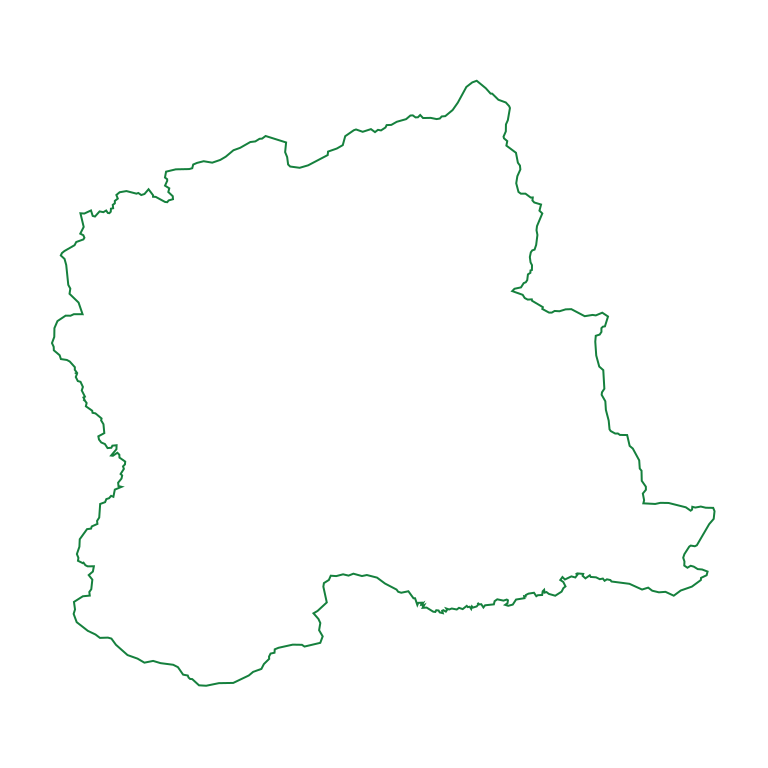 Loilen, Shan, Myanmar (Mercator projection), rotated 271°
{"feature_id": "60261553B60770274813160", "entity_name": "Loilen", "entity_type": "district", "adm_level": 2, "iso_a3": "MMR", "parent_name": "Myanmar", "parent_adm1": "Shan", "projection": "mercator", "projection_center": [97.755, 21.29], "detail": "fine", "context": "isolated", "style": "outline", "palette": "green", "viewbox_px": 768, "rotation_deg": 271, "n_neighbors": 0, "source": "geoboundaries", "source_scale": "gbopen_adm2", "svg_char_len": 6067}
<svg xmlns="http://www.w3.org/2000/svg" viewBox="0 0 768 768"><g transform="rotate(271 384 384)"><path d="M573.1,529.5L573.0,527.4L576.8,522.1L576.7,517.5L578.4,515.1L587.0,512.7L594.1,513.7L600.9,516.6L604.8,516.1L607.6,514.0L617.5,511.9L624.5,502.2L629.0,503.0L631.7,499.7L633.4,499.2L638.7,501.4L645.7,501.4L649.9,503.2L662.1,505.1L664.0,504.3L667.6,500.9L670.2,493.4L676.2,487.1L676.2,485.5L681.5,480.6L688.8,471.4L687.1,467.0L682.5,461.2L666.6,452.9L659.2,447.9L652.9,440.6L652.5,437.0L650.4,435.2L649.8,432.0L650.9,426.0L650.6,418.4L653.6,415.5L651.3,413.3L651.1,410.9L653.1,408.1L652.9,405.7L649.2,401.5L646.4,392.2L643.2,386.8L642.9,382.1L640.5,381.0L637.5,376.6L638.0,373.5L635.7,370.6L638.6,366.5L635.8,358.3L638.0,351.6L637.2,349.4L631.1,340.9L622.1,338.6L618.6,332.7L615.4,324.0L611.9,323.7L601.3,304.3L598.7,295.9L599.8,286.4L601.8,284.3L609.2,283.2L614.1,281.1L623.8,281.9L629.9,261.3L627.2,257.8L627.0,255.3L624.3,251.1L623.6,246.1L617.6,236.0L615.1,229.4L608.5,221.8L605.2,216.4L602.3,208.4L603.6,199.8L601.8,193.2L600.1,189.4L596.4,188.5L595.5,185.5L595.0,172.1L592.5,162.4L586.6,161.4L585.0,163.6L583.4,163.7L578.5,161.6L575.9,165.9L572.2,165.0L568.1,169.5L565.1,169.8L563.8,165.5L562.0,164.1L562.2,161.9L567.1,152.5L567.2,149.8L568.7,149.8L574.6,145.2L569.8,141.2L568.7,138.0L570.7,135.0L570.0,133.2L572.4,123.1L571.1,116.3L568.3,113.1L564.7,114.6L562.4,111.7L559.9,111.7L558.4,109.7L555.0,110.1L554.5,107.9L551.5,107.8L550.0,106.4L550.2,104.9L552.6,103.2L550.9,100.4L551.6,96.6L546.4,92.1L547.0,89.8L552.4,88.0L549.2,81.4L549.4,77.5L535.8,81.0L529.0,77.7L527.5,80.8L525.0,81.9L523.3,80.9L520.6,73.8L517.4,72.2L511.4,62.2L509.3,59.7L506.9,58.6L503.5,62.4L497.4,64.2L477.6,66.6L473.9,68.7L468.7,68.0L460.1,77.2L448.5,81.4L448.4,72.7L446.8,69.4L446.8,64.5L441.2,56.4L434.1,53.5L425.3,53.5L419.1,51.3L415.4,53.1L411.9,53.3L407.1,59.2L403.3,60.5L402.5,66.5L401.0,69.4L395.4,74.6L392.8,74.6L389.9,76.8L389.4,75.8L388.6,76.8L385.6,75.7L381.6,77.8L380.9,80.5L375.8,83.0L372.3,81.9L366.1,85.2L365.3,83.7L363.5,84.7L362.0,83.9L362.7,84.8L359.8,87.0L356.5,86.3L352.2,92.7L350.1,93.1L349.6,96.0L344.6,102.2L342.7,101.8L338.9,104.2L330.0,105.2L326.7,99.3L323.5,100.0L320.6,102.3L319.1,106.0L315.1,108.7L315.5,112.5L317.6,113.5L318.1,117.7L314.1,117.6L307.7,112.4L307.5,114.2L310.6,118.6L308.7,120.6L305.8,120.8L301.9,126.6L299.1,126.4L297.1,124.5L294.6,125.4L289.4,122.2L288.0,123.8L284.9,123.2L280.7,119.9L277.3,120.3L276.6,123.4L273.7,116.7L266.5,115.4L267.4,113.1L265.0,111.1L264.1,108.4L261.0,107.2L259.1,102.3L245.5,101.6L242.1,99.5L239.1,99.9L236.5,94.3L234.3,93.6L233.7,89.6L223.5,82.5L216.0,82.3L208.6,79.9L204.8,81.5L201.9,81.1L199.6,86.0L200.1,86.7L197.6,88.6L196.5,90.9L196.7,97.1L191.4,96.2L187.8,92.1L183.3,95.8L173.7,94.9L170.9,93.0L167.3,93.5L166.5,86.6L160.7,77.8L153.2,79.0L148.7,77.7L140.5,80.9L132.0,92.2L128.5,99.9L125.2,104.4L125.6,112.4L124.7,115.9L118.6,120.5L108.5,132.3L105.1,142.4L101.2,149.3L103.1,158.0L101.0,165.5L99.6,178.1L97.3,182.9L89.9,188.2L89.1,192.9L87.1,193.7L85.7,195.3L85.6,197.4L79.5,204.3L79.2,211.5L82.0,224.1L82.5,238.5L90.2,253.9L93.9,258.2L97.0,266.4L101.9,268.8L107.2,274.0L109.4,273.8L112.5,275.3L113.4,279.2L116.8,279.4L118.4,283.1L121.8,297.3L121.8,306.5L120.1,309.1L124.1,324.8L130.6,327.1L136.7,323.4L143.9,324.5L148.0,322.5L153.5,317.5L155.9,321.5L164.6,330.6L180.3,326.9L183.9,327.4L187.1,332.3L191.4,334.1L191.1,339.6L193.0,346.4L191.8,351.9L193.8,356.7L191.6,365.3L192.7,370.2L190.3,380.4L184.5,388.5L178.7,400.1L176.5,401.8L175.6,404.9L177.2,412.0L170.3,417.2L170.3,418.8L163.6,421.2L165.8,422.1L166.0,425.5L164.4,425.1L165.5,426.8L163.6,425.9L162.8,426.6L163.6,428.0L160.9,426.6L161.2,430.5L157.2,437.2L157.0,439.3L158.7,440.2L158.5,442.5L156.6,443.7L155.9,446.8L158.3,446.1L158.9,447.3L157.5,449.8L159.3,451.0L160.6,450.2L159.7,453.1L160.7,455.7L159.8,460.7L161.5,462.9L160.3,466.6L163.6,470.6L162.4,471.7L162.8,473.6L160.6,475.1L163.1,475.8L162.0,476.8L163.2,480.5L165.4,482.3L166.8,481.4L165.3,483.1L165.5,485.1L162.3,487.3L164.5,488.9L165.6,497.7L168.8,498.4L170.7,501.0L169.5,507.2L170.6,510.5L169.9,511.7L167.0,511.3L165.3,509.0L164.4,512.1L165.7,516.6L170.8,519.8L172.3,528.2L174.3,527.8L174.1,529.3L175.5,529.5L176.9,532.1L177.9,537.6L174.5,540.0L175.5,541.5L175.8,545.8L179.5,546.3L181.0,547.7L178.2,548.2L178.8,550.1L177.0,552.5L175.3,558.9L179.5,565.2L183.0,566.9L184.8,569.0L189.2,566.7L191.1,563.7L194.1,565.8L191.7,568.3L194.9,574.7L193.9,578.7L196.8,580.8L197.5,579.8L198.0,580.5L197.6,586.5L195.7,585.9L193.2,588.8L196.3,593.1L194.7,594.0L194.4,599.4L192.6,603.2L193.3,606.2L191.1,608.0L192.6,610.3L191.9,613.8L190.5,614.9L188.5,632.9L183.0,645.6L185.0,651.7L182.0,655.8L180.5,662.5L181.1,669.1L177.4,677.4L182.7,684.3L186.8,695.4L193.5,704.2L195.7,704.4L198.4,709.9L202.1,710.8L204.1,705.3L204.4,700.9L206.8,696.9L207.6,693.8L205.6,690.6L207.7,687.4L211.8,687.5L215.5,686.2L219.1,687.3L226.7,692.0L227.8,693.5L227.2,697.6L228.2,699.6L249.6,711.6L254.9,716.0L262.6,716.7L265.9,715.3L265.9,707.9L267.0,702.9L265.9,697.4L266.6,694.4L263.8,694.2L262.7,692.8L266.0,687.9L270.0,670.7L270.0,662.4L268.8,657.3L269.2,645.4L272.3,646.1L279.0,644.7L282.8,647.7L285.9,647.6L291.7,643.4L301.8,643.0L303.9,641.2L312.1,640.5L323.8,633.9L326.4,630.7L337.2,628.0L337.2,620.8L338.6,618.7L338.5,616.0L340.9,611.5L342.6,610.3L351.3,609.3L362.0,606.3L370.6,605.6L377.0,601.8L379.5,602.1L383.1,604.4L401.7,603.0L405.2,598.9L416.2,595.7L430.0,594.5L435.9,594.9L437.2,598.8L439.9,600.5L443.6,600.4L445.1,601.8L445.5,603.9L455.4,606.8L459.1,601.0L456.3,594.6L456.7,591.3L455.3,583.5L462.1,570.0L461.8,564.3L459.8,558.2L460.0,553.3L458.3,550.5L458.3,547.7L461.8,541.0L463.6,541.5L469.8,530.6L471.2,530.3L470.9,526.2L472.4,523.2L475.6,521.1L479.1,510.6L481.5,512.8L483.0,519.3L487.3,521.9L488.2,524.0L490.4,525.4L496.1,526.0L497.7,528.4L500.1,528.5L500.6,529.9L505.4,529.9L508.2,528.4L513.5,527.6L518.2,528.5L520.2,529.9L521.0,532.2L525.7,533.7L535.7,534.8L540.4,533.8L544.5,534.2L557.3,539.3L560.0,536.4L566.2,537.9L568.1,531.1L570.1,529.2L573.1,529.5Z" fill="none" stroke="#15803d" stroke-width="2"/></g></svg>